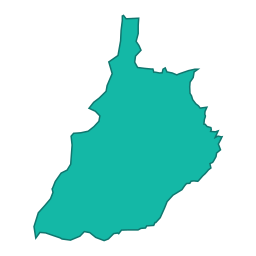 outline of Filousa Kelokedaron, Paphos, Cyprus
{"feature_id": "46923920B93356137010006", "entity_name": "Filousa Kelokedaron", "entity_type": "district", "adm_level": 2, "iso_a3": "CYP", "parent_name": "Cyprus", "parent_adm1": "Paphos", "projection": "orthographic", "projection_center": [32.738, 34.858], "detail": "fine", "context": "isolated", "style": "filled", "palette": "teal", "viewbox_px": 256, "rotation_deg": 0, "n_neighbors": 0, "source": "geoboundaries", "source_scale": "gbopen_adm2", "svg_char_len": 1755}
<svg xmlns="http://www.w3.org/2000/svg" viewBox="0 0 256 256"><path d="M123.5,15.4L122.3,16.0L122.3,20.8L121.1,30.4L120.6,40.9L118.0,55.5L108.8,61.9L112.2,73.6L107.1,85.6L106.1,91.3L99.2,98.1L93.7,102.3L89.0,108.3L95.3,111.2L99.9,115.9L98.9,121.3L94.0,126.6L88.2,131.2L80.7,132.8L73.6,133.3L71.1,136.2L72.1,145.0L70.7,164.2L67.1,170.1L61.1,173.1L55.3,181.4L52.6,188.2L52.1,188.9L53.0,192.4L50.5,198.8L44.7,205.7L38.3,212.8L34.0,226.6L35.7,237.6L35.8,238.1L39.9,232.4L45.6,232.9L55.2,236.2L60.2,237.9L62.0,239.0L70.5,240.1L79.9,236.2L84.3,231.6L89.8,232.6L95.7,237.4L104.1,240.6L108.3,239.0L113.7,233.6L117.6,233.0L118.7,233.7L121.5,230.1L128.5,229.9L131.4,229.9L138.1,229.9L140.9,228.4L145.5,228.0L146.7,225.9L153.7,225.4L155.0,222.5L155.8,222.5L160.2,217.7L164.5,208.1L167.1,201.6L173.0,195.1L181.9,189.7L184.8,185.5L186.6,183.5L189.8,183.3L191.1,181.2L193.8,180.9L197.8,181.3L198.6,180.6L202.6,176.0L205.3,173.5L206.9,171.7L208.5,169.8L210.9,168.0L209.9,163.6L212.6,162.4L213.8,160.6L216.0,156.7L216.6,153.0L220.5,149.8L218.3,144.0L220.7,139.6L222.0,136.8L221.5,136.9L218.0,136.1L215.2,137.5L218.1,130.9L215.4,131.8L213.0,131.6L210.6,131.4L211.3,129.6L210.9,127.6L207.0,126.5L205.2,124.3L203.9,124.1L204.4,119.4L205.3,116.8L205.4,115.8L204.8,114.4L205.0,111.5L206.9,107.2L200.2,108.1L198.4,105.8L195.8,103.8L192.7,99.7L191.5,95.8L190.0,93.3L189.8,89.2L189.7,86.7L190.1,82.1L193.2,77.5L194.1,72.0L198.0,69.2L194.9,69.2L188.6,70.6L179.0,73.9L176.8,74.9L172.3,73.0L166.9,71.9L165.2,67.9L163.0,69.2L162.2,72.8L159.5,73.0L155.5,72.2L153.8,72.2L152.9,69.0L150.9,69.0L144.7,68.4L137.6,67.5L134.7,62.2L135.5,56.1L141.0,50.2L138.9,45.5L136.1,41.4L138.2,33.6L138.2,25.5L138.7,18.2L126.1,18.8L123.5,15.4Z" fill="#14b8a6" stroke="#0f766e" stroke-width="1.5"/></svg>